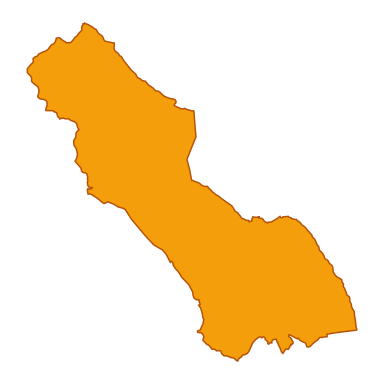 the district of Manastirea Humorului, Suceava, Romania
{"feature_id": "2599482B27977460060406", "entity_name": "Manastirea Humorului", "entity_type": "district", "adm_level": 2, "iso_a3": "ROU", "parent_name": "Romania", "parent_adm1": "Suceava", "projection": "albers", "projection_center": [25.791, 47.644], "detail": "fine", "context": "isolated", "style": "filled", "palette": "amber", "viewbox_px": 384, "rotation_deg": 0, "n_neighbors": 0, "source": "geoboundaries", "source_scale": "gbopen_adm2", "svg_char_len": 5870}
<svg xmlns="http://www.w3.org/2000/svg" viewBox="0 0 384 384"><path d="M237.0,360.9L237.8,361.0L238.5,359.0L240.8,357.2L241.4,356.9L242.5,355.1L244.4,354.8L247.0,353.7L248.6,351.9L250.1,348.8L252.5,343.2L255.4,339.8L258.8,337.2L259.6,336.9L260.6,337.0L260.9,337.1L261.3,337.7L261.9,337.8L262.9,336.9L263.6,336.8L264.8,337.6L265.2,338.4L265.1,339.2L265.2,339.5L267.6,341.5L267.8,342.3L267.8,343.7L268.6,344.1L268.9,344.1L269.7,343.0L270.3,342.6L271.7,343.0L272.0,341.1L272.7,340.1L273.2,339.6L276.2,339.2L277.1,341.9L278.0,343.6L278.7,345.5L279.8,347.5L281.2,350.9L281.3,351.7L282.9,353.4L285.7,349.0L288.2,349.4L289.7,347.3L289.6,346.6L290.8,344.6L291.1,345.0L291.2,344.7L292.3,343.7L292.5,343.9L292.8,343.7L293.2,343.0L292.8,341.6L291.9,340.5L291.6,338.9L291.4,338.7L290.9,338.6L290.5,337.7L289.0,336.9L288.9,336.3L288.7,336.1L288.8,335.0L289.3,334.6L297.2,338.8L298.5,338.2L299.5,340.0L302.9,341.9L305.5,343.0L307.0,346.9L308.3,347.0L310.2,346.4L312.9,343.6L315.0,341.8L318.2,339.5L318.5,338.7L320.3,337.2L322.1,337.6L323.7,337.0L327.1,336.8L327.0,334.2L335.9,332.7L356.7,330.1L356.7,328.7L356.3,327.8L356.0,326.1L355.3,319.8L354.3,314.2L354.4,312.3L353.9,311.0L353.1,309.6L352.5,309.0L351.4,305.9L351.4,304.6L351.1,303.7L349.9,301.6L349.7,300.8L349.8,298.5L349.7,297.7L349.2,296.7L346.7,294.8L346.5,293.2L344.5,288.2L343.4,286.8L343.3,286.2L343.5,284.0L342.3,282.4L341.8,280.9L341.6,279.6L336.7,276.7L334.9,274.8L333.1,271.6L333.1,270.6L332.8,267.9L332.6,266.7L332.2,265.9L330.6,264.2L329.6,263.6L328.9,262.5L328.0,260.6L327.5,260.1L325.2,258.9L324.9,258.6L324.5,257.5L324.0,255.8L322.7,253.5L319.5,250.2L319.0,248.4L318.9,247.2L318.6,246.5L317.0,244.6L316.1,242.1L315.0,239.8L314.5,239.0L312.6,237.1L311.8,235.0L307.3,230.0L305.3,227.3L301.7,224.7L300.8,223.2L298.7,221.4L297.2,220.6L296.4,219.4L294.9,219.4L292.6,218.9L291.6,218.6L291.2,218.2L291.1,217.8L289.0,217.3L288.4,216.4L283.2,216.8L282.7,217.1L282.3,217.7L281.9,217.8L280.8,217.6L280.0,216.4L276.6,218.9L271.2,222.1L269.0,222.0L268.3,222.5L267.4,222.5L267.3,222.9L267.1,223.0L266.5,222.4L265.0,221.9L264.2,221.1L263.4,219.8L262.2,218.4L259.2,218.2L259.3,216.8L258.6,216.7L258.3,216.9L257.6,217.0L257.5,217.3L256.9,217.4L252.7,216.9L251.8,219.5L251.8,220.8L250.8,221.3L249.8,221.3L249.2,221.9L248.5,220.4L246.5,220.3L245.4,219.9L243.8,218.9L243.2,219.0L242.5,218.8L240.9,217.1L240.2,215.9L238.1,213.5L237.9,213.0L237.3,212.4L235.2,211.3L234.5,210.3L233.7,208.7L231.8,205.8L222.0,199.0L218.4,196.0L216.5,195.0L211.7,191.3L211.5,190.5L209.6,189.0L208.4,187.7L208.2,187.2L207.6,186.6L206.9,186.3L206.1,186.5L204.0,186.3L201.3,184.9L199.9,183.6L198.1,182.5L196.9,182.3L192.3,180.3L191.6,180.4L189.7,169.9L186.9,159.3L196.0,136.7L195.2,128.8L193.9,111.0L191.3,110.7L187.3,109.6L184.7,108.4L182.5,109.1L179.3,108.0L174.2,105.6L174.8,103.8L175.9,102.8L176.0,101.1L174.8,99.5L173.2,99.0L170.4,98.6L166.8,97.4L163.3,95.6L159.8,92.1L158.2,91.2L155.5,90.7L152.8,87.7L151.7,87.4L150.8,86.3L148.9,85.3L146.1,82.3L145.5,81.2L144.2,81.1L142.2,80.5L139.8,78.7L137.5,77.5L136.4,75.6L135.8,74.1L131.5,70.4L123.9,60.8L122.3,58.4L122.0,57.4L120.6,56.1L119.9,56.0L118.0,53.3L115.1,51.0L114.3,49.6L114.0,48.6L114.2,46.2L114.2,43.0L108.1,41.9L104.6,41.0L103.4,38.7L102.5,36.3L101.0,35.1L98.6,33.5L96.2,29.5L94.4,28.7L92.0,26.7L90.4,26.0L87.9,24.4L85.1,23.6L84.6,23.0L83.7,23.7L82.9,23.8L82.9,24.0L83.4,24.3L83.3,24.7L82.5,25.3L81.7,27.1L81.8,29.7L81.6,30.4L78.6,33.5L77.1,35.9L75.5,36.9L71.4,42.0L70.4,42.7L69.2,42.6L66.8,42.8L61.4,39.4L60.2,38.1L59.3,37.8L57.2,37.8L56.2,38.4L56.1,39.4L55.2,41.9L53.7,43.8L51.5,44.8L50.3,46.2L48.7,48.5L47.7,49.7L46.1,50.8L42.5,52.2L38.7,54.0L37.8,55.5L36.8,56.3L35.0,56.9L33.1,58.5L33.3,62.0L32.2,63.4L31.7,63.6L29.4,66.1L27.4,68.8L27.3,69.0L27.3,72.5L27.9,73.4L29.8,75.2L30.8,76.4L31.5,77.9L31.6,78.8L31.5,80.7L31.8,81.6L32.3,82.3L33.5,83.2L35.9,85.4L37.6,86.4L37.8,86.7L38.9,89.8L39.0,90.9L38.5,93.9L38.1,95.3L37.7,96.2L37.7,96.5L37.8,96.9L39.7,98.6L40.7,99.0L43.8,99.5L45.0,99.9L46.6,101.3L47.0,102.1L47.2,105.3L46.8,105.9L46.1,108.4L45.7,110.2L46.0,110.6L53.2,110.7L53.7,111.5L54.1,111.8L55.7,112.3L56.5,112.8L56.9,113.2L57.2,115.1L57.6,116.1L58.5,117.5L60.1,118.4L60.0,118.9L62.5,118.1L63.0,118.1L65.5,118.9L68.5,118.7L70.2,120.1L74.5,121.8L75.7,122.6L76.6,123.7L77.8,127.9L78.8,129.3L78.9,129.8L78.3,130.1L76.3,132.5L76.0,133.3L76.0,136.3L75.6,137.8L74.5,139.0L73.7,140.8L73.8,143.3L74.1,145.4L76.1,148.5L76.5,150.0L76.9,151.0L77.0,152.2L77.4,153.7L77.4,155.4L77.0,156.4L76.7,158.1L75.4,160.8L75.1,161.1L75.7,162.0L79.9,166.8L81.0,168.3L81.5,170.8L82.5,172.1L83.5,172.7L84.8,172.6L86.7,173.7L86.9,174.2L87.7,176.9L87.7,177.5L87.4,178.7L87.9,180.7L87.4,181.8L87.4,183.3L87.6,184.8L88.2,185.8L88.3,186.6L89.5,187.4L90.2,187.5L90.8,187.4L92.2,187.8L91.7,188.7L90.8,188.5L89.6,189.4L88.0,188.7L87.5,189.3L87.3,189.6L88.0,194.0L90.7,194.1L97.1,198.0L102.6,202.7L103.9,203.5L105.2,203.2L107.8,201.8L113.3,204.0L118.8,207.2L123.0,208.2L125.4,209.7L131.5,219.3L145.2,235.6L153.8,244.9L162.4,249.9L166.3,254.4L170.3,262.4L171.5,261.4L172.7,262.3L173.2,265.2L174.9,267.8L176.1,269.5L177.4,270.6L180.4,274.8L181.2,276.6L188.9,284.8L192.8,292.3L193.0,295.1L193.5,296.1L193.5,296.7L194.0,297.9L196.1,299.6L197.7,299.8L198.8,299.7L199.6,303.0L200.2,304.4L198.6,305.2L200.7,308.1L202.4,314.1L202.7,316.8L203.0,318.0L203.9,319.4L203.1,322.5L203.0,323.8L200.6,329.0L200.6,329.7L199.5,330.3L198.1,330.6L197.6,331.1L197.4,331.8L197.8,332.3L198.1,332.5L199.2,332.7L200.8,332.7L201.4,332.9L202.9,334.4L203.7,336.3L203.8,337.3L203.0,339.3L203.0,340.4L207.1,344.6L207.6,344.5L208.1,344.7L209.4,345.9L211.8,349.0L212.2,349.2L213.7,349.2L215.1,349.5L215.7,349.8L216.4,350.8L216.7,350.9L217.8,350.6L218.3,350.8L220.3,350.8L221.0,351.2L221.2,352.3L221.9,353.8L223.9,355.8L226.9,355.9L231.1,357.6L233.7,358.0L234.5,358.5L235.7,359.9L236.5,360.3L237.0,360.9Z" fill="#f59e0b" stroke="#b45309" stroke-width="1.5"/></svg>